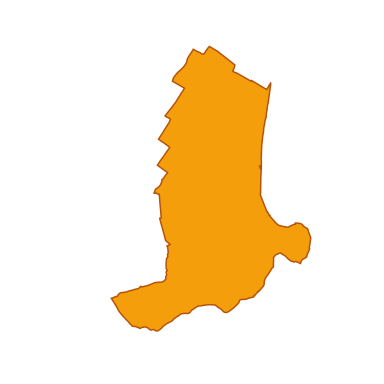 Muntenii De Sus, Vaslui, Romania, rotated 59°
{"feature_id": "2599482B76397304697480", "entity_name": "Muntenii De Sus", "entity_type": "district", "adm_level": 2, "iso_a3": "ROU", "parent_name": "Romania", "parent_adm1": "Vaslui", "projection": "albers", "projection_center": [27.767, 46.691], "detail": "fine", "context": "isolated", "style": "filled", "palette": "amber", "viewbox_px": 384, "rotation_deg": 59, "n_neighbors": 0, "source": "geoboundaries", "source_scale": "gbopen_adm2", "svg_char_len": 6080}
<svg xmlns="http://www.w3.org/2000/svg" viewBox="0 0 384 384"><g transform="rotate(59 192 192)"><path d="M276.0,312.4L276.3,312.2L277.0,311.4L277.5,310.9L278.0,309.9L279.4,308.7L282.1,306.8L282.3,306.2L282.3,305.3L282.4,304.4L282.9,303.1L283.3,302.0L284.3,300.8L285.8,299.8L286.9,299.5L287.4,299.4L288.1,299.0L288.8,298.6L289.4,298.1L289.5,297.3L289.7,296.6L290.0,295.9L290.4,295.5L291.7,294.9L292.4,294.5L292.6,294.1L293.2,293.5L293.4,292.7L293.4,290.8L293.2,289.1L293.2,288.7L292.7,287.4L292.2,285.4L292.0,283.7L292.0,282.8L291.9,281.5L292.0,279.9L292.2,277.0L292.2,275.9L292.2,275.3L292.1,274.5L291.9,274.0L291.6,273.3L291.4,272.6L291.2,270.0L291.2,267.1L290.9,265.7L290.9,265.0L290.9,264.2L291.4,262.8L291.9,261.3L292.3,260.7L293.6,258.9L294.0,257.9L294.2,257.1L294.3,256.9L294.3,256.3L294.2,255.7L293.4,253.9L293.2,253.2L293.1,251.7L293.1,250.5L293.0,249.3L292.9,248.6L292.9,247.0L292.9,246.1L293.0,245.4L293.3,244.9L293.6,244.1L294.0,243.2L294.8,241.5L295.0,240.8L295.4,239.6L295.9,238.6L296.3,237.7L297.4,235.5L298.5,233.6L299.7,231.8L300.4,230.8L300.8,230.6L301.3,230.2L302.1,229.8L303.5,229.3L304.9,228.8L306.8,227.6L307.2,227.5L307.6,227.3L308.2,227.2L310.7,226.7L311.5,226.3L311.9,226.0L312.7,225.0L313.2,224.2L313.3,223.5L313.3,222.6L313.3,220.9L313.1,219.1L313.0,217.7L312.8,216.2L312.5,214.8L312.5,214.4L312.5,214.2L312.1,212.8L312.0,212.3L311.8,211.5L311.5,210.5L311.3,209.9L311.0,209.0L310.7,208.5L310.1,207.8L309.8,207.5L309.6,207.2L309.4,206.7L309.3,206.0L309.6,204.9L310.3,203.6L311.2,202.1L311.7,201.1L311.9,200.1L312.0,199.7L312.2,198.0L312.4,197.3L312.5,197.3L312.7,196.3L313.1,195.2L313.5,194.3L313.6,194.0L313.7,193.7L313.6,193.4L313.0,192.8L312.7,192.0L313.2,191.8L312.9,191.3L312.1,188.7L311.2,186.3L311.7,186.2L311.4,185.4L309.7,180.0L309.2,178.9L308.9,178.4L308.6,178.1L308.2,177.7L307.8,177.4L307.1,177.0L306.0,176.2L305.5,175.7L304.7,174.8L303.8,173.7L303.5,173.1L302.6,171.2L302.3,170.3L301.7,169.0L300.7,166.9L299.3,164.2L298.8,163.5L298.5,162.5L298.2,161.0L297.8,160.6L294.1,158.3L291.6,156.6L290.2,156.0L290.1,155.5L289.8,154.9L289.6,154.3L289.3,153.5L289.1,153.0L289.0,152.4L289.1,152.0L289.2,151.4L289.3,150.9L289.3,150.3L289.3,149.1L289.4,148.4L289.5,147.9L290.1,147.5L292.5,146.3L294.6,145.2L295.4,144.8L296.1,144.7L296.7,144.6L298.0,144.2L298.3,144.2L298.8,144.1L302.5,142.6L303.1,141.7L303.5,141.5L303.9,141.1L304.6,140.6L304.8,139.4L305.1,138.9L305.6,138.4L309.2,135.8L309.1,135.7L308.6,135.2L307.7,134.3L306.9,132.7L306.7,132.0L306.9,129.1L306.6,126.9L305.5,126.1L304.5,124.9L303.3,123.0L302.6,122.1L301.6,121.1L301.4,120.5L301.1,120.4L300.2,120.2L298.8,119.0L295.1,115.9L292.3,113.7L289.3,113.2L285.7,112.5L283.0,111.8L280.9,113.0L279.6,113.7L276.7,114.3L275.2,115.0L274.2,116.1L271.8,119.3L272.9,119.9L272.3,121.1L271.7,126.1L271.8,127.8L266.8,133.4L265.6,134.6L262.5,135.9L260.8,136.3L256.4,137.0L251.9,137.8L251.9,137.6L252.0,137.4L249.4,137.7L247.9,137.4L247.6,137.9L240.6,136.8L229.4,134.8L228.6,134.0L220.1,128.7L214.3,125.1L213.5,124.5L207.3,120.3L207.0,121.3L204.6,120.9L204.7,119.9L206.5,119.9L205.3,119.1L201.4,116.7L199.5,115.9L198.2,115.0L197.6,114.5L194.8,112.7L189.5,109.3L186.9,107.5L185.9,106.6L184.1,105.3L182.0,103.7L179.9,102.1L177.5,99.9L173.8,97.3L172.4,96.0L170.7,94.4L168.3,92.5L166.9,91.0L165.9,89.6L164.4,89.0L159.5,84.8L156.7,82.7L154.6,80.7L143.0,71.3L140.9,69.6L139.1,68.4L138.7,68.0L139.3,68.9L140.0,70.3L140.9,71.9L142.0,74.1L142.6,75.2L141.9,75.6L137.7,77.9L131.8,81.0L127.0,83.6L127.3,84.4L122.7,87.0L116.6,90.4L114.4,91.6L112.4,92.9L111.1,94.0L109.5,94.9L109.3,94.6L109.1,94.4L108.2,93.0L107.9,92.5L105.2,89.8L87.6,96.5L85.3,97.3L84.3,97.7L82.8,98.6L80.1,100.1L78.5,100.8L77.6,101.4L76.7,101.9L76.2,102.1L76.4,103.1L76.7,103.7L76.9,104.6L77.2,105.2L77.6,105.6L77.9,106.4L78.2,107.2L78.2,107.7L78.6,108.1L78.8,108.4L79.0,109.0L79.7,110.6L79.6,111.0L79.6,111.6L79.3,112.0L76.3,113.6L74.1,115.2L70.3,117.4L70.7,117.9L71.9,120.4L74.7,126.2L75.5,127.3L76.2,128.1L76.8,128.6L78.2,130.1L79.1,131.7L79.8,133.1L80.7,135.7L81.3,138.2L81.5,139.3L81.9,141.1L82.1,142.7L82.8,144.5L83.6,146.7L84.2,148.0L84.5,148.8L84.9,149.5L85.4,149.9L86.4,151.1L86.9,151.7L99.1,145.0L100.5,147.6L102.6,152.0L105.7,157.9L106.5,159.5L109.0,165.7L111.6,172.6L112.9,175.9L113.1,175.9L114.1,175.4L117.3,173.5L118.3,173.1L118.9,173.3L119.4,174.2L120.2,175.3L121.0,176.5L123.8,182.2L125.8,186.0L128.2,190.9L129.5,193.5L139.3,189.2L141.1,188.5L142.2,188.2L142.5,188.4L144.7,193.5L146.9,198.2L148.3,201.7L151.2,207.9L157.1,205.4L162.9,202.9L163.0,203.1L164.6,207.5L165.8,209.9L165.9,211.4L166.4,211.6L167.5,212.5L168.8,214.2L169.6,215.3L170.0,216.3L170.4,217.4L170.7,219.4L170.7,220.6L170.7,220.9L170.8,221.7L171.6,222.9L172.4,223.8L173.2,225.0L173.6,225.1L173.7,224.9L174.6,223.0L175.0,222.9L176.0,222.4L176.8,221.9L177.1,221.2L181.0,223.2L196.3,230.7L198.4,231.6L197.8,233.1L198.6,233.5L212.3,237.3L220.1,239.6L225.6,237.8L225.9,238.2L225.3,241.1L226.1,241.4L226.5,241.2L230.0,242.7L230.4,243.1L231.0,243.2L232.0,243.7L232.6,244.8L232.8,245.2L233.6,245.4L234.7,245.9L235.1,246.2L235.4,247.0L236.3,248.5L236.9,248.8L239.6,250.8L240.5,251.4L242.1,252.3L244.4,253.6L245.4,253.7L245.6,253.6L246.2,253.5L246.7,253.9L246.7,254.4L247.0,255.1L247.6,255.5L248.5,255.9L249.1,256.0L250.0,256.4L250.5,257.3L251.2,258.2L251.8,258.6L252.2,258.7L252.7,258.7L253.3,259.3L253.9,262.9L253.4,265.1L252.7,266.0L250.6,270.3L249.6,277.0L249.0,279.4L248.5,280.8L248.0,282.7L247.5,283.9L246.4,284.6L246.8,285.3L246.8,285.8L246.9,286.2L247.1,287.7L247.0,288.7L246.6,289.3L246.4,290.1L245.7,292.3L245.5,293.6L245.2,294.7L245.0,294.8L244.7,296.0L244.2,297.8L244.1,298.4L244.0,299.0L243.8,299.3L243.8,299.9L243.6,300.6L243.3,301.1L243.2,301.3L243.1,301.8L242.9,302.3L242.6,302.8L242.3,303.5L241.9,304.1L241.6,305.5L241.6,306.3L242.1,308.3L242.6,308.7L242.8,309.4L242.5,310.8L241.6,315.9L246.0,315.8L250.9,315.7L254.3,315.9L257.0,316.0L258.8,315.7L260.1,315.6L263.6,315.0L265.8,314.4L267.2,314.3L268.2,313.9L270.0,313.5L271.2,313.3L272.7,313.2L273.4,313.0L274.1,312.6L275.0,312.4L275.7,312.4L276.0,312.4Z" fill="#f59e0b" stroke="#b45309" stroke-width="1.5"/></g></svg>